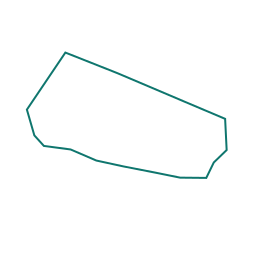 SVG path tracing the border of Bukomansimbi, rotated 124°
{"feature_id": "UGA-5619", "entity_name": "Bukomansimbi", "entity_type": "District", "adm_level": 1, "iso_a3": "UGA", "parent_name": "Uganda", "parent_adm1": "", "projection": "mercator", "projection_center": [31.658, -0.106], "detail": "fine", "context": "isolated", "style": "outline", "palette": "teal", "viewbox_px": 256, "rotation_deg": 124, "n_neighbors": 0, "source": "natural_earth", "source_scale": "10m", "svg_char_len": 347}
<svg xmlns="http://www.w3.org/2000/svg" viewBox="0 0 256 256"><g transform="rotate(124 128 128)"><path d="M100.5,222.1L88.4,167.1L74.7,96.6L66.1,52.6L91.1,33.9L108.6,37.6L125.6,35.2L140.0,57.0L148.6,77.7L162.4,110.3L172.7,136.1L177.9,163.6L189.9,187.7L186.5,201.5L169.3,222.1L100.5,222.1Z" fill="none" stroke="#0f766e" stroke-width="2"/></g></svg>